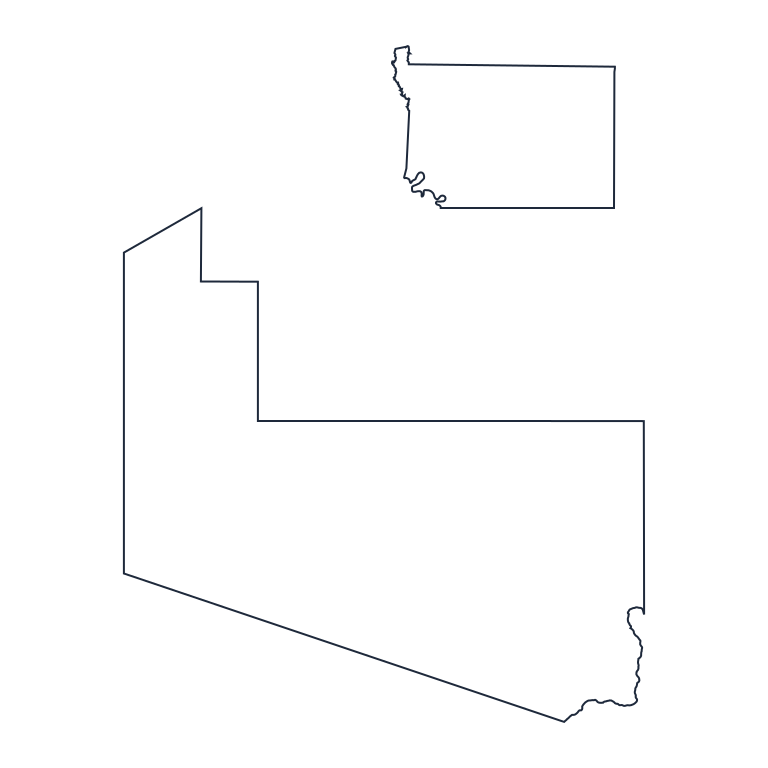 the district of Telefomin District, Sandaun, Papua New Guinea
{"feature_id": "67681753B11623984799605", "entity_name": "Telefomin District", "entity_type": "district", "adm_level": 2, "iso_a3": "PNG", "parent_name": "Papua New Guinea", "parent_adm1": "Sandaun", "projection": "mercator", "projection_center": [141.969, -4.517], "detail": "fine", "context": "isolated", "style": "outline", "palette": "slate", "viewbox_px": 768, "rotation_deg": 0, "n_neighbors": 0, "source": "geoboundaries", "source_scale": "gbopen_adm2", "svg_char_len": 5905}
<svg xmlns="http://www.w3.org/2000/svg" viewBox="0 0 768 768"><path d="M257.9,281.7L200.9,281.5L201.4,208.2L123.9,252.6L123.9,573.5L564.1,721.9L565.5,720.6L565.8,720.4L566.3,720.0L567.3,718.9L567.7,718.7L568.2,718.2L568.6,717.9L570.1,716.3L570.5,716.1L570.9,715.7L572.0,714.9L573.7,714.9L575.1,714.5L576.0,713.9L577.3,712.8L577.9,712.1L578.6,711.1L579.4,710.4L579.6,710.3L580.2,710.3L581.0,710.4L581.4,710.2L581.9,709.6L581.9,709.4L582.1,709.2L582.3,708.2L582.2,706.4L582.8,705.4L583.4,704.5L585.3,702.4L587.6,700.9L588.8,700.5L590.7,700.4L591.7,700.2L592.9,700.1L593.0,700.2L593.9,700.2L594.4,700.1L594.8,699.9L595.3,699.9L596.2,700.4L596.8,701.0L597.6,702.0L598.0,702.2L598.5,702.5L600.0,702.8L602.0,702.8L602.5,702.6L603.0,702.7L603.2,702.4L603.4,702.3L603.8,702.0L604.2,701.7L604.9,701.5L605.9,701.4L606.3,701.2L606.6,701.2L607.0,701.0L609.2,700.6L609.5,700.4L611.3,700.5L613.6,701.8L614.4,702.5L614.9,703.1L615.6,703.5L616.8,703.8L617.6,703.8L618.0,704.0L619.0,704.9L619.7,705.2L620.9,705.1L621.9,705.0L623.7,705.8L624.1,705.9L624.8,705.9L626.9,705.3L627.5,705.2L629.4,705.4L630.9,705.2L631.3,705.0L631.7,705.0L632.3,704.6L633.1,704.4L634.3,703.7L635.2,703.0L636.6,701.6L636.9,700.9L637.0,700.4L637.1,699.9L636.9,699.1L636.5,698.5L636.1,698.1L635.8,697.5L635.7,697.1L635.7,695.9L635.8,695.9L635.8,695.3L635.7,694.9L634.9,693.2L634.8,692.7L634.8,691.9L634.9,691.3L635.1,690.7L635.3,689.5L635.3,688.6L635.6,687.8L636.3,686.8L636.3,686.7L636.5,686.5L636.7,685.8L637.0,684.6L637.1,683.5L637.3,682.9L637.8,682.5L638.4,682.2L638.7,681.8L639.1,681.3L639.2,680.8L639.4,680.1L639.2,679.7L639.2,678.8L638.9,678.0L638.7,677.5L637.4,676.1L636.5,674.6L636.4,674.4L636.4,672.8L636.6,672.5L636.6,671.9L637.0,671.2L638.0,669.9L638.2,669.4L638.5,668.2L638.5,667.9L638.4,667.8L638.4,666.4L638.6,666.0L638.6,665.2L638.5,664.7L638.2,663.8L638.2,663.5L638.0,662.9L638.1,661.1L638.4,659.7L638.3,659.0L638.4,658.8L638.7,658.5L639.0,658.3L639.3,658.2L640.0,657.5L640.5,657.0L641.1,655.8L641.2,652.9L641.4,651.8L641.6,651.5L641.7,650.8L641.7,649.8L642.1,648.0L642.1,647.4L642.0,647.1L641.6,646.5L640.9,645.7L640.2,644.4L640.2,642.6L640.4,641.8L640.4,640.8L640.2,640.3L639.7,639.9L638.6,638.3L638.3,637.9L637.8,637.2L637.1,636.5L636.0,635.8L635.0,634.8L634.9,634.5L634.3,633.8L633.9,632.9L633.8,631.8L633.7,631.6L633.7,631.3L633.5,630.9L633.0,630.2L631.4,628.7L630.4,628.2L630.9,627.4L631.0,626.8L631.0,626.4L630.7,625.8L630.0,625.3L629.4,624.2L629.4,623.9L629.2,623.6L629.2,623.3L628.5,622.6L628.1,621.6L627.9,620.5L627.8,618.9L628.0,617.9L628.5,616.3L628.5,615.6L628.6,615.2L628.8,614.4L628.7,614.1L628.7,613.8L628.4,613.5L628.0,613.4L627.9,613.1L627.9,612.3L628.5,611.5L629.3,610.1L629.8,609.5L630.5,609.2L633.1,608.1L634.7,607.9L635.8,607.4L636.5,607.3L637.4,607.4L638.9,607.8L640.6,607.9L641.6,608.3L642.2,608.9L642.8,609.8L644.1,614.5L643.8,421.1L505.6,421.0L257.9,421.0L257.9,281.7ZM406.0,46.8L395.5,48.9L394.5,52.6L394.5,53.2L394.9,53.7L395.3,54.3L395.4,55.0L395.0,55.6L394.9,56.0L395.1,56.5L395.5,56.8L396.0,57.8L395.7,58.9L395.6,60.1L395.2,60.8L394.9,61.0L394.6,61.0L394.4,61.3L394.2,62.3L393.9,62.6L393.3,62.7L393.0,62.4L392.9,62.0L392.7,61.4L392.3,61.5L392.1,62.1L392.0,62.9L392.1,63.6L392.6,64.3L393.1,65.1L393.6,65.1L393.8,65.4L394.2,66.5L394.5,67.2L394.9,67.6L395.4,68.1L395.7,68.6L395.6,68.8L395.7,69.3L395.9,69.8L395.5,70.3L395.5,70.9L396.0,71.2L396.2,71.6L396.2,72.0L396.1,72.4L395.8,73.2L395.8,73.6L395.7,74.1L395.2,74.6L395.2,74.9L395.3,75.3L395.3,75.8L395.2,76.4L394.9,76.7L393.9,77.4L393.7,77.7L394.0,78.0L394.6,78.4L394.7,78.7L394.4,79.1L394.3,79.5L394.7,79.6L395.4,80.1L396.1,81.4L396.4,81.8L397.2,82.7L398.0,82.5L398.2,83.0L397.9,84.1L398.4,84.3L398.9,85.1L398.6,85.7L398.8,86.3L399.4,86.4L399.9,87.1L400.8,89.4L401.4,89.0L402.0,88.9L401.7,90.2L401.0,90.1L400.2,90.4L400.9,90.9L401.6,91.7L402.5,92.2L402.1,93.1L402.1,94.3L401.0,94.5L401.4,95.2L403.4,96.3L404.1,95.6L404.7,95.2L404.6,96.0L404.6,96.7L405.5,97.6L405.7,98.6L407.4,99.1L408.7,98.4L409.4,99.1L408.8,100.2L408.5,102.7L407.9,103.4L408.4,104.2L407.6,104.8L408.1,105.6L407.6,106.4L406.8,106.8L407.6,107.5L407.6,108.3L408.1,108.8L408.1,109.6L408.6,110.3L409.2,110.7L409.2,111.4L406.4,168.4L404.1,177.4L404.5,178.1L406.2,178.0L406.8,178.1L408.7,179.0L409.5,180.1L410.0,182.1L410.3,182.7L410.6,182.9L411.0,182.8L411.5,182.4L411.8,181.5L412.5,180.8L413.7,180.1L414.6,179.7L415.3,179.2L415.7,178.8L415.9,178.0L416.4,177.2L416.5,176.7L417.8,174.3L419.2,172.8L420.8,172.4L421.9,172.6L422.8,173.2L423.6,174.3L424.1,176.2L424.1,177.5L424.0,178.4L423.1,179.5L420.4,182.2L419.6,183.1L418.7,183.7L417.4,184.2L416.6,184.7L413.8,185.7L412.7,186.3L412.3,186.7L412.1,187.0L412.0,187.7L412.0,188.8L412.1,190.0L412.1,190.5L412.2,190.9L413.0,191.7L413.3,191.8L415.6,191.8L417.3,191.3L418.2,191.2L419.9,191.2L420.2,191.3L421.0,191.8L421.3,192.1L421.5,192.7L421.7,193.5L421.7,194.1L421.6,195.2L421.6,196.0L421.9,196.5L422.1,196.5L422.6,196.3L423.0,195.9L423.6,194.6L423.7,192.7L423.7,191.5L423.9,190.8L424.3,190.4L424.6,190.2L425.0,190.1L428.7,190.3L430.0,190.8L430.9,191.2L431.7,191.8L433.1,193.2L433.6,194.1L433.8,194.7L434.0,195.3L434.3,196.3L434.7,197.3L435.4,198.4L436.2,199.0L436.8,199.2L437.5,199.2L437.9,199.0L438.6,198.5L440.0,196.8L440.5,196.3L441.0,195.9L442.2,195.6L443.2,195.7L443.6,195.8L444.3,196.2L445.0,196.8L445.5,198.0L445.4,199.1L445.3,199.5L445.0,200.1L444.1,201.0L443.5,201.3L442.0,201.4L440.6,201.6L437.2,201.5L436.6,201.7L436.3,202.0L436.0,202.5L436.0,203.3L436.1,203.5L436.4,203.9L437.2,204.6L438.7,205.0L439.4,205.3L440.2,206.0L440.6,206.6L440.7,207.4L440.7,208.0L614.0,208.0L614.4,71.9L614.9,68.5L614.9,66.7L408.8,64.3L408.8,62.3L408.5,62.0L407.7,61.0L407.4,60.4L407.9,59.8L408.2,59.1L407.7,58.0L407.7,57.2L408.3,55.7L408.5,54.5L408.7,54.1L408.1,53.1L408.7,53.0L409.3,53.4L410.0,53.4L408.5,52.0L408.9,51.0L409.1,50.1L408.6,46.6L407.8,46.1L407.2,46.2L406.7,46.7L406.0,47.1L406.0,46.8Z" fill="none" stroke="#1e293b" stroke-width="2"/></svg>